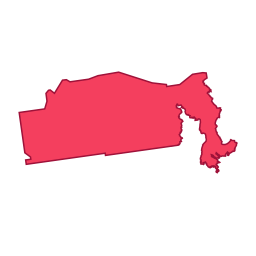 72, Ar Rayyān, Qatar, rotated 172°
{"feature_id": "91078587B78903366981324", "entity_name": "72", "entity_type": "district", "adm_level": 2, "iso_a3": "QAT", "parent_name": "Qatar", "parent_adm1": "Ar Rayyān", "projection": "mercator", "projection_center": [50.849, 25.539], "detail": "fine", "context": "isolated", "style": "filled", "palette": "rose", "viewbox_px": 256, "rotation_deg": 172, "n_neighbors": 0, "source": "geoboundaries", "source_scale": "gbopen_adm2", "svg_char_len": 5451}
<svg xmlns="http://www.w3.org/2000/svg" viewBox="0 0 256 256"><g transform="rotate(172 128 128)"><path d="M233.8,106.2L154.1,106.2L154.1,104.0L80.8,104.0L80.8,104.3L80.3,104.6L80.3,104.3L79.5,104.4L79.4,104.9L78.7,105.3L78.6,107.1L77.6,107.4L77.6,107.1L77.0,107.2L77.2,107.9L77.5,107.9L77.1,109.5L75.6,110.3L75.7,110.7L76.6,110.8L76.7,111.3L77.0,111.3L77.2,112.2L77.7,113.1L78.0,113.2L77.9,114.0L78.1,114.5L77.4,114.9L77.0,115.4L77.1,115.9L76.3,116.1L76.5,116.7L75.8,117.0L75.5,117.2L75.5,118.2L74.9,118.5L75.1,119.1L75.3,119.1L75.5,120.5L75.3,121.4L74.7,121.4L74.8,122.2L74.4,123.1L74.8,125.1L74.4,125.8L74.1,125.8L73.8,126.4L72.8,126.9L73.1,127.9L73.5,128.2L73.6,128.7L74.1,128.8L74.3,129.2L74.8,129.3L75.8,130.4L76.2,131.0L76.3,132.0L76.1,132.0L76.1,132.3L75.7,132.2L75.9,132.7L75.4,133.9L74.8,134.6L73.0,135.7L72.9,136.5L72.5,136.5L72.9,138.5L74.1,140.0L75.8,140.5L77.1,141.4L77.0,141.6L76.7,141.6L77.1,142.4L77.1,143.3L76.1,144.8L75.6,144.7L75.3,143.1L72.3,143.4L72.0,142.5L71.1,141.4L71.8,141.3L72.3,140.8L71.8,140.8L71.0,140.3L71.0,140.1L70.3,139.9L69.7,139.6L69.5,139.1L68.9,138.8L68.7,137.4L69.2,136.3L68.9,134.5L68.2,133.1L67.2,132.9L66.8,132.3L66.6,132.3L66.4,132.7L66.1,132.4L66.1,132.2L65.3,131.8L65.2,131.4L64.9,131.4L65.4,130.5L65.2,129.6L63.6,129.2L62.9,129.4L62.9,129.6L62.5,129.4L62.4,128.8L61.9,128.8L61.6,129.5L61.4,129.4L61.2,128.8L60.8,129.1L60.8,128.7L60.1,128.5L60.0,127.7L59.6,127.7L59.8,126.7L60.5,126.5L60.5,126.2L57.7,126.2L57.4,127.1L57.1,127.2L55.9,126.9L55.3,126.2L55.5,123.4L56.1,121.8L56.6,119.4L57.4,116.9L57.0,116.6L57.3,116.0L56.5,115.2L56.6,114.7L56.3,114.3L56.4,113.1L55.9,112.4L55.4,112.2L55.1,112.5L53.9,112.4L52.7,111.7L52.2,111.1L52.0,109.2L52.2,107.8L52.0,105.8L52.6,104.0L55.6,101.7L56.1,100.9L56.4,100.8L56.4,100.3L57.6,97.9L58.3,95.5L58.0,94.9L58.1,94.0L58.4,93.4L58.5,92.0L58.6,91.5L59.7,90.0L59.6,89.4L60.3,88.5L60.7,87.2L60.2,86.5L60.2,85.6L60.7,85.3L60.8,84.7L60.5,84.9L60.2,84.6L60.2,84.1L60.8,82.9L60.8,82.2L58.9,81.8L58.0,81.8L58.0,81.6L57.8,81.7L57.7,82.5L58.1,83.2L57.2,83.2L56.4,83.5L56.4,83.2L56.0,83.1L56.1,82.8L55.7,82.7L55.6,81.9L55.1,81.8L55.0,81.2L55.3,80.9L55.1,80.3L54.3,79.4L54.2,78.7L53.1,77.7L52.7,77.6L52.5,78.0L51.9,78.1L51.9,77.3L51.6,77.4L51.1,77.6L50.9,78.2L50.6,78.2L50.6,78.6L49.9,78.7L48.8,78.6L49.1,78.1L48.7,78.2L48.5,77.4L47.8,77.6L47.8,77.9L47.4,77.7L47.4,78.0L47.2,77.9L46.8,77.6L47.0,77.2L46.9,76.2L45.7,74.3L45.9,73.4L46.1,73.3L46.1,72.7L46.6,72.8L46.6,73.1L46.8,72.9L46.7,72.7L46.0,72.5L46.1,72.0L46.4,71.7L45.8,71.4L45.5,72.1L44.5,72.4L44.6,73.3L44.4,73.6L44.1,73.5L44.3,74.2L44.8,74.5L45.4,75.8L44.1,76.7L44.2,77.4L44.7,77.7L44.8,78.3L45.5,78.6L45.7,79.5L45.2,79.4L45.2,79.8L44.7,80.7L44.4,80.6L43.9,81.0L43.0,80.9L41.9,81.2L42.1,81.5L42.7,81.6L43.0,82.1L43.6,82.1L43.8,82.6L44.0,82.6L43.6,83.6L43.9,84.2L44.3,84.3L45.3,85.5L46.2,85.9L46.2,86.2L46.6,86.2L46.6,86.4L48.5,87.6L48.3,87.8L49.0,88.3L48.5,88.7L49.0,88.7L49.2,90.0L48.7,89.8L48.7,89.5L48.3,89.6L47.8,89.2L47.6,88.5L47.3,88.5L47.4,88.1L46.7,87.3L46.4,87.3L46.3,86.9L46.1,86.9L46.1,86.7L45.7,86.8L44.9,86.0L44.1,85.7L43.0,86.1L42.5,86.1L42.4,85.7L42.1,85.8L42.1,85.5L41.4,85.9L41.7,87.1L42.0,87.1L42.4,88.1L42.9,88.2L43.6,89.4L44.5,90.2L44.0,91.2L43.4,90.5L43.2,89.9L42.9,89.9L42.5,89.1L41.9,89.0L41.5,88.6L40.9,87.4L39.4,86.9L38.7,87.2L35.3,86.6L35.1,87.2L35.3,87.6L35.2,88.0L34.9,88.1L34.5,88.9L33.8,89.2L33.4,89.9L32.8,90.4L32.4,89.8L31.8,89.4L32.0,88.9L32.5,88.9L33.0,88.2L32.8,87.8L32.4,87.7L33.1,87.6L33.2,87.4L32.9,87.0L32.3,86.9L32.1,87.1L32.4,87.6L31.9,87.9L32.1,88.6L31.8,89.1L31.5,88.7L31.5,88.3L31.9,88.4L31.6,88.3L30.8,88.8L28.5,89.7L27.6,90.4L26.6,90.3L26.4,90.1L25.7,90.4L25.7,90.6L25.4,90.8L25.7,91.4L25.4,91.6L25.3,92.3L25.0,92.4L25.3,92.7L25.2,92.9L23.1,95.7L22.9,96.1L23.0,96.6L22.2,97.9L22.6,98.5L23.5,98.5L24.3,99.5L24.3,100.7L26.8,101.2L28.2,102.6L27.9,101.9L28.2,101.2L30.1,99.6L31.9,98.6L34.1,98.1L36.3,98.5L37.2,98.9L37.5,99.4L37.5,100.2L36.8,101.4L37.7,103.0L37.5,103.8L38.1,104.2L38.1,105.1L38.5,105.5L38.4,106.1L39.2,106.7L39.5,107.8L39.8,108.1L40.7,109.9L40.4,110.9L40.5,111.4L41.0,111.6L41.3,113.6L41.2,114.3L41.5,115.3L39.7,117.1L39.6,117.6L40.2,117.8L40.3,118.8L40.9,119.1L41.0,120.6L39.8,123.5L39.1,124.0L38.6,125.1L37.6,125.7L36.6,126.1L36.3,125.9L36.3,126.1L35.8,126.2L36.0,126.9L35.7,127.1L35.6,126.9L35.7,127.4L36.0,127.4L36.0,127.8L35.6,128.9L35.5,129.6L35.0,130.1L34.7,131.1L34.0,131.9L34.2,132.2L34.0,132.9L33.5,133.1L33.3,132.9L33.2,133.2L33.9,134.0L33.9,134.7L33.7,135.0L34.1,135.2L36.0,135.1L37.4,135.6L37.4,136.6L37.9,137.8L39.9,139.8L39.8,140.1L40.9,141.7L41.0,142.2L41.5,142.7L40.9,144.2L40.1,145.0L40.1,145.7L41.4,146.4L41.6,147.2L42.4,147.8L42.4,148.5L42.9,148.9L43.7,150.3L44.6,151.3L44.4,151.9L43.5,152.6L43.0,152.2L43.0,152.5L42.5,152.5L42.5,152.2L42.3,152.7L42.0,152.6L41.9,153.2L42.1,153.5L41.9,153.7L40.8,152.9L41.0,154.1L40.7,154.2L41.3,154.9L42.0,155.3L41.9,155.8L42.1,156.2L42.7,157.1L42.9,157.1L42.7,156.8L43.6,157.7L43.6,158.2L44.4,158.4L44.5,159.3L45.7,159.6L46.5,160.2L46.5,160.8L46.1,161.6L47.0,162.1L47.3,163.0L46.7,163.9L46.8,164.1L47.5,163.5L46.9,164.6L47.0,164.1L45.4,165.3L42.8,166.5L42.9,171.6L46.2,172.4L56.6,172.2L70.7,163.8L83.9,163.7L83.9,165.7L97.8,169.3L129.5,184.6L150.4,184.0L160.2,181.8L179.0,181.8L182.3,184.4L186.2,184.5L196.0,172.6L199.8,176.5L201.5,176.4L204.4,173.7L204.5,165.8L207.8,158.5L233.6,158.5L233.6,117.8L228.6,112.9L228.6,110.6L233.8,110.6L233.8,106.2Z" fill="#f43f5e" stroke="#9f1239" stroke-width="1.5"/></g></svg>